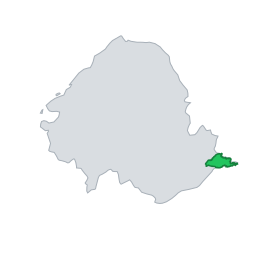 location of Ta Veaeng, Rôtânôkiri, Cambodia, rotated 62°
{"feature_id": "14789045B64125639781639", "entity_name": "Ta Veaeng", "entity_type": "district", "adm_level": 2, "iso_a3": "KHM", "parent_name": "Cambodia", "parent_adm1": "Rôtânôkiri", "projection": "natural_earth1", "projection_center": [107.276, 14.308], "detail": "fine", "context": "in_parent", "style": "filled", "palette": "green", "viewbox_px": 256, "rotation_deg": 62, "n_neighbors": 0, "source": "geoboundaries", "source_scale": "gbopen_adm2", "svg_char_len": 6446}
<svg xmlns="http://www.w3.org/2000/svg" viewBox="0 0 256 256"><g transform="rotate(62 128 128)"><path d="M210.0,47.5L210.5,49.6L209.2,53.5L207.7,57.0L205.0,60.1L204.9,62.4L204.0,69.2L204.3,71.4L205.0,73.2L205.8,74.2L208.2,80.9L210.3,86.9L212.4,91.9L212.8,95.0L210.8,103.0L208.6,110.3L208.8,114.0L209.8,117.6L210.8,122.5L211.2,128.7L210.6,132.8L209.6,135.3L207.7,137.9L206.0,139.2L203.9,137.0L202.3,136.9L200.1,137.6L198.4,138.6L195.0,142.4L191.1,146.1L185.8,147.0L183.7,149.7L181.5,150.1L177.2,150.2L174.5,150.9L174.6,152.3L174.4,158.8L174.4,160.3L174.0,160.7L172.1,160.9L168.9,159.9L164.5,158.3L161.4,158.0L159.8,160.9L158.8,162.0L157.6,162.1L156.4,162.6L156.0,163.9L155.9,165.5L156.5,168.2L156.7,172.5L156.5,175.4L157.7,177.3L164.4,183.5L166.3,185.1L166.6,186.0L165.4,189.4L166.4,194.1L164.3,194.0L160.8,192.0L159.2,190.7L157.1,191.7L156.4,191.6L155.1,189.2L153.3,186.8L151.4,186.7L147.5,187.6L143.5,188.3L142.0,188.3L141.4,188.7L139.1,192.2L138.1,191.6L134.1,190.3L130.4,189.8L129.7,190.7L130.1,193.6L130.9,196.4L130.5,197.6L128.4,199.1L125.8,201.8L124.1,203.9L123.0,204.4L119.0,204.3L114.9,204.6L113.3,206.6L111.8,208.1L110.5,208.5L105.2,203.6L94.8,201.9L93.6,199.8L92.6,199.4L91.6,202.2L85.9,204.8L83.5,203.2L81.7,201.3L82.0,198.9L83.7,196.9L86.5,195.5L87.9,190.6L85.7,184.2L83.8,182.4L81.8,180.9L79.7,183.3L77.9,187.3L76.0,189.4L73.4,189.8L69.6,189.7L68.1,183.7L67.6,178.5L68.2,172.7L68.8,169.2L65.1,164.4L64.9,159.8L63.1,157.4L62.6,158.6L62.6,160.0L62.1,159.0L56.4,145.6L55.4,139.4L56.4,134.6L57.0,133.0L55.4,130.5L53.0,127.6L48.8,123.8L48.6,117.9L47.7,110.9L46.4,108.5L44.6,104.2L43.5,100.6L43.2,91.2L43.8,90.4L46.7,90.2L50.5,89.5L51.1,88.0L50.5,86.7L52.9,84.6L56.4,79.9L59.1,75.0L61.1,71.9L62.3,68.8L66.2,64.5L71.6,61.5L75.2,60.8L79.1,59.7L82.7,58.3L84.4,58.1L89.0,59.9L91.4,60.4L94.0,60.3L96.7,60.5L99.0,60.3L104.5,59.1L110.4,60.1L115.7,59.3L122.2,57.9L125.4,58.8L128.3,60.2L128.7,63.1L129.4,64.4L130.3,65.4L131.6,65.4L133.3,63.4L134.7,61.3L135.1,61.0L135.2,62.0L135.9,64.2L137.1,66.4L138.4,67.9L140.5,69.8L141.8,69.9L146.3,68.1L153.0,70.8L153.7,72.1L155.9,74.8L158.2,76.8L163.4,76.9L165.3,72.1L164.4,69.2L161.4,64.1L160.6,61.1L161.6,60.5L166.6,60.0L167.4,59.4L168.5,56.1L169.9,56.5L172.7,56.9L175.6,54.6L177.4,52.3L178.3,53.3L179.4,55.0L180.5,56.0L182.6,57.4L185.0,59.4L186.4,61.4L187.6,62.1L190.6,61.6L191.4,61.7L193.1,59.3L194.3,58.0L195.4,58.3L196.9,58.3L200.0,55.3L201.8,52.5L202.7,51.7L205.5,53.1L206.6,52.8L208.3,49.0L210.0,47.5ZM66.1,175.8L65.6,176.1L65.0,176.1L64.5,175.6L64.5,173.4L64.9,172.1L65.9,171.8L66.1,175.8ZM74.8,197.0L73.7,198.4L71.8,195.5L71.8,194.6L74.8,197.0Z" fill="#d9dde1" stroke="#a8b0b8" stroke-width="1"/><path d="M204.3,69.0L204.4,68.8L204.5,68.6L204.7,68.3L204.7,68.2L204.9,68.0L205.0,67.8L204.8,67.6L205.2,67.2L205.4,67.2L205.5,67.0L205.6,66.9L205.6,66.7L205.7,66.4L205.8,66.2L206.0,66.1L206.1,65.8L206.1,65.5L206.4,65.1L206.2,64.6L206.3,64.4L206.4,64.2L206.5,64.0L206.5,63.8L206.4,63.7L206.5,63.5L206.4,63.4L206.4,63.2L206.4,62.7L206.2,62.6L206.1,62.4L206.1,62.2L205.9,62.1L205.9,61.8L205.9,61.6L206.1,61.5L206.2,61.1L206.4,60.9L206.5,60.6L206.4,60.3L206.6,60.4L207.1,59.8L207.3,59.6L207.5,59.6L207.4,59.5L207.5,59.4L207.5,59.2L207.7,58.8L207.8,58.2L207.8,58.3L208.0,58.5L208.3,58.8L208.6,58.6L208.8,58.8L208.9,58.7L209.0,58.7L209.1,58.4L209.1,58.2L209.0,57.9L209.2,57.6L209.3,57.6L209.4,57.1L209.5,57.0L209.6,56.8L209.4,56.6L209.5,56.3L209.6,55.7L209.7,55.3L209.8,55.3L209.8,55.1L209.7,55.1L209.6,54.9L209.9,54.8L210.0,54.5L210.1,54.3L210.1,54.1L210.2,53.9L210.3,53.8L210.2,53.6L210.4,53.4L210.4,53.2L210.2,52.9L210.1,52.7L210.1,52.4L210.1,52.2L209.9,52.0L209.9,51.9L210.1,51.9L210.1,51.7L210.3,51.5L210.5,51.5L210.6,51.3L210.8,51.2L210.8,50.8L211.0,50.8L211.1,50.7L211.3,50.6L211.2,50.5L211.3,50.4L211.2,50.1L211.1,49.9L211.0,49.5L210.9,49.3L210.9,49.2L211.0,49.2L211.1,48.9L211.0,48.5L211.2,48.3L211.2,48.2L210.9,48.2L210.6,48.1L210.4,48.2L210.3,48.3L210.2,48.4L210.2,48.5L210.2,49.1L210.0,49.6L209.7,49.8L209.6,50.0L209.4,50.0L209.3,50.4L209.2,50.4L209.1,50.6L208.9,50.5L208.7,50.5L208.4,50.6L208.3,50.8L208.2,50.9L208.2,51.1L208.3,51.5L208.3,51.8L208.2,51.8L207.9,51.9L207.8,52.0L208.0,52.3L207.9,52.7L208.0,52.8L207.9,52.9L207.9,53.0L207.7,53.3L207.8,53.5L207.7,53.6L207.8,53.8L207.7,54.1L207.4,54.3L207.1,54.1L206.9,54.1L206.7,53.9L206.4,53.8L206.0,53.6L205.9,53.7L205.7,53.8L205.7,53.6L205.4,53.7L205.2,53.5L205.2,53.4L205.0,53.1L205.0,52.9L205.0,52.7L204.9,52.6L204.7,52.4L204.4,52.3L204.4,52.2L204.2,52.1L203.9,51.7L203.5,51.9L203.4,51.8L202.9,51.9L202.8,52.0L202.7,52.2L202.6,52.4L202.6,52.5L202.4,52.5L202.4,52.8L202.5,53.0L202.4,53.1L202.4,53.4L202.2,53.6L201.8,53.5L201.7,53.6L201.7,53.8L201.6,54.1L201.5,54.4L201.5,54.5L201.5,54.8L201.5,55.2L201.6,55.3L201.6,55.5L201.3,55.7L201.3,55.8L201.1,55.9L201.0,56.0L200.8,55.9L200.7,55.7L200.5,55.9L200.4,55.8L200.4,55.6L200.0,55.6L200.0,55.8L199.9,55.8L199.9,56.0L199.7,56.5L199.7,57.0L199.6,57.3L199.4,57.5L199.2,57.6L199.0,58.0L198.9,58.1L198.6,58.3L198.4,58.1L198.2,58.1L198.0,58.4L197.9,58.4L197.7,58.4L197.6,58.7L197.4,58.7L197.4,58.8L197.2,59.0L196.9,59.2L196.6,59.2L196.4,59.2L196.2,59.1L196.0,58.9L195.9,58.8L195.8,58.7L195.8,58.4L195.9,58.1L195.7,57.9L195.4,57.5L195.1,57.5L194.9,57.2L194.7,57.1L194.5,57.3L194.7,57.5L194.7,57.8L194.8,58.0L194.8,58.3L194.7,58.4L194.5,58.5L194.5,58.4L194.5,58.5L194.4,58.7L194.2,58.8L194.1,59.0L193.9,59.0L193.8,59.3L193.6,59.5L193.5,60.0L193.4,60.0L193.2,60.6L193.1,60.9L193.0,61.1L193.1,61.5L193.1,61.8L193.0,62.0L193.0,62.3L193.0,62.6L193.0,62.8L193.0,63.0L193.1,63.4L193.2,63.7L193.4,63.8L193.6,63.9L193.5,64.2L193.6,64.6L193.7,65.7L194.0,66.0L194.1,66.3L194.3,66.3L194.4,66.5L194.2,67.0L194.3,67.4L194.3,67.6L194.4,67.8L194.5,67.9L194.6,68.0L194.9,68.2L195.0,68.2L195.0,68.5L195.2,68.4L195.3,68.6L195.2,68.6L195.3,68.9L195.2,68.9L195.2,69.0L195.0,69.3L195.2,69.5L195.4,69.6L195.5,69.7L195.4,69.9L195.5,70.0L195.4,70.3L195.3,70.5L195.1,70.4L194.9,70.5L194.3,71.7L194.3,72.0L194.2,72.3L194.5,72.9L194.6,73.1L194.7,73.4L194.8,73.7L195.1,74.2L195.4,74.8L195.7,75.8L195.8,76.0L196.1,76.3L196.2,76.2L196.4,76.3L196.6,76.2L197.0,76.3L198.0,76.6L198.5,76.8L198.6,76.6L198.4,76.5L198.3,76.4L198.4,76.2L198.4,75.9L198.5,75.8L198.5,75.6L198.5,75.3L198.6,75.2L198.7,74.9L198.7,74.6L198.7,74.2L199.3,73.9L200.1,73.1L200.8,72.3L201.0,72.0L201.2,71.6L201.3,71.6L201.3,71.4L201.7,71.1L202.2,70.2L202.8,69.3L203.5,68.9L203.7,69.0L203.9,69.0L204.3,69.0Z" fill="#22c55e" stroke="#15803d" stroke-width="1.5"/></g></svg>